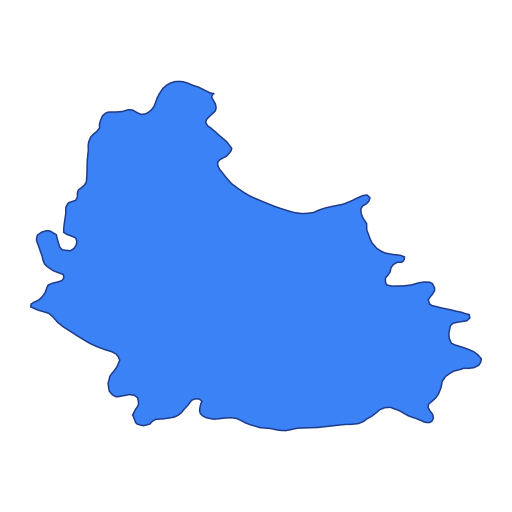 Cherykaw, Mogilev, Belarus
{"feature_id": "67162791B83279044546130", "entity_name": "Cherykaw", "entity_type": "district", "adm_level": 2, "iso_a3": "BLR", "parent_name": "Belarus", "parent_adm1": "Mogilev", "projection": "equal_earth", "projection_center": [31.375, 53.616], "detail": "fine", "context": "isolated", "style": "filled", "palette": "blue", "viewbox_px": 512, "rotation_deg": 0, "n_neighbors": 0, "source": "geoboundaries", "source_scale": "gbopen_adm2", "svg_char_len": 4245}
<svg xmlns="http://www.w3.org/2000/svg" viewBox="0 0 512 512"><path d="M423.4,421.8L425.6,422.4L429.3,422.6L431.7,421.5L433.4,418.4L432.7,414.4L429.8,410.7L428.0,407.2L428.6,404.1L431.7,401.6L435.9,397.7L438.6,393.7L441.2,387.1L442.1,381.6L445.4,376.6L449.2,373.8L453.5,371.2L459.7,369.6L463.8,368.3L468.7,368.3L473.9,367.7L478.7,365.3L480.8,362.1L481.3,358.7L477.8,354.7L473.7,351.7L469.5,349.8L463.6,347.6L454.6,344.8L451.3,343.1L449.2,338.4L448.9,333.1L450.3,325.9L452.8,323.3L458.2,322.1L466.8,320.8L469.9,317.9L469.2,314.6L465.3,313.6L461.6,312.3L456.8,311.3L450.2,309.7L446.8,309.0L442.3,308.1L431.9,305.5L429.6,304.0L428.3,299.9L429.8,297.3L431.5,295.4L433.0,293.5L434.6,290.5L434.6,287.9L432.3,283.5L429.1,282.1L423.9,282.0L417.9,283.0L411.6,284.9L403.5,285.9L391.9,286.1L386.7,284.9L385.4,282.0L385.5,277.9L387.9,275.1L390.1,272.1L391.0,267.7L393.3,264.6L397.2,262.3L401.4,262.2L401.5,262.3L403.1,261.3L404.3,259.3L404.5,256.9L400.7,255.4L397.9,255.0L392.9,254.5L385.5,253.1L381.3,251.2L376.9,248.5L372.0,242.9L370.3,239.4L368.4,234.2L366.8,230.2L366.6,223.6L362.8,217.8L361.1,213.3L360.9,208.7L362.8,205.8L366.3,203.9L368.8,201.3L370.0,197.8L367.1,195.0L363.0,195.5L355.5,198.8L352.6,200.4L344.8,203.6L341.9,204.5L332.6,206.3L325.2,208.0L319.1,210.0L313.6,212.5L307.6,213.3L302.2,213.6L294.4,212.6L288.7,211.0L281.0,208.6L274.9,206.5L268.2,203.8L261.8,201.2L253.8,197.8L249.2,195.6L243.1,192.0L237.8,188.3L231.6,183.7L226.2,177.6L222.8,173.3L219.5,169.1L217.8,165.6L217.6,162.4L219.8,159.8L223.3,157.8L226.6,156.1L229.8,152.5L231.2,150.5L231.7,148.3L230.0,146.1L226.4,141.4L219.0,135.2L215.2,131.7L211.2,128.3L207.4,125.6L205.7,122.3L206.6,119.5L209.1,116.7L212.4,113.8L215.5,110.7L216.1,107.6L215.4,103.9L213.1,99.9L211.6,97.4L212.4,94.6L214.3,93.6L213.3,93.6L210.2,92.9L207.9,91.8L203.1,89.4L198.3,87.0L193.8,85.7L187.4,83.0L183.3,81.8L181.9,81.6L179.5,81.4L175.0,81.6L170.4,83.0L166.6,85.2L162.9,88.4L159.3,93.8L157.2,97.9L155.5,102.7L153.8,106.8L151.2,110.1L147.7,112.8L145.0,114.0L141.2,114.4L137.6,112.9L132.7,110.1L129.1,109.7L126.9,110.1L122.5,111.5L116.0,112.0L111.9,112.0L108.4,112.1L105.8,113.0L102.5,115.8L100.5,120.5L99.4,124.4L99.6,127.8L96.6,131.7L93.7,133.9L90.6,137.2L88.7,141.8L88.2,145.2L88.3,150.5L87.3,159.9L87.1,166.1L86.9,174.7L86.4,181.9L84.1,185.4L81.5,187.6L78.3,190.1L77.4,192.9L77.4,197.0L75.7,200.3L71.9,201.6L68.6,202.7L68.2,203.3L67.0,204.8L65.8,207.6L65.8,213.3L65.1,217.9L64.6,221.3L64.0,225.6L63.7,229.1L63.7,232.4L67.3,234.6L71.8,236.2L75.6,237.9L76.8,241.2L76.3,244.9L74.2,248.2L70.4,250.8L62.4,249.9L59.7,247.1L58.0,241.3L57.1,238.3L56.3,234.7L50.0,231.0L46.9,230.6L41.9,232.0L37.3,235.2L36.4,240.1L37.6,243.5L39.1,247.6L40.8,252.6L42.2,256.3L42.9,259.9L44.5,263.9L47.2,266.6L52.9,270.5L57.2,272.3L63.4,274.6L63.8,278.1L61.9,280.6L58.2,281.8L52.5,283.2L48.2,285.0L46.8,287.9L45.1,292.6L42.5,296.4L38.7,300.1L34.4,302.0L31.1,304.0L30.7,306.9L38.0,310.1L45.2,312.2L49.2,313.6L53.3,317.3L57.7,322.4L63.2,326.8L70.4,331.4L77.9,336.2L84.1,340.0L89.8,343.4L96.7,346.6L104.6,349.5L111.9,351.8L115.9,353.8L118.1,356.5L119.8,360.2L118.6,362.8L117.6,365.5L116.0,368.2L113.6,371.5L111.7,373.6L109.8,376.5L109.1,379.5L108.1,383.2L108.6,387.6L109.3,391.2L112.4,394.8L115.8,396.7L118.1,396.7L123.6,395.7L126.0,395.2L129.3,394.6L134.2,395.2L137.5,397.6L138.3,401.0L138.5,404.3L137.4,406.8L135.5,409.4L134.3,411.7L132.6,415.1L132.8,415.2L133.8,417.6L135.7,422.6L137.4,424.2L143.5,425.7L149.7,424.1L152.7,421.0L155.9,419.3L163.6,418.8L169.8,417.9L174.6,417.0L178.4,415.1L181.8,412.3L183.6,409.9L188.4,404.6L189.8,402.6L191.8,400.2L195.1,398.9L199.3,399.0L202.0,401.3L200.8,403.7L199.8,408.3L199.6,411.1L200.5,413.8L202.7,415.9L206.5,417.8L213.5,419.2L219.4,418.7L225.2,418.0L228.6,417.8L233.4,417.9L237.2,418.7L240.7,420.4L245.4,422.9L250.4,424.8L253.7,425.7L259.8,427.6L265.4,428.1L267.9,428.2L272.6,428.9L276.6,429.9L281.7,430.5L285.7,430.6L290.7,429.7L293.7,428.9L298.6,428.1L308.1,427.8L317.8,427.5L331.0,426.0L339.7,425.0L345.6,424.4L350.7,424.4L358.3,423.6L363.7,421.4L366.4,419.2L372.6,415.6L376.7,412.4L379.7,409.7L384.8,407.7L390.2,407.3L397.8,410.1L400.2,411.1L404.0,413.4L408.3,415.8L413.2,417.6L415.9,418.4L419.7,420.0L422.9,421.2L423.4,421.8Z" fill="#3b82f6" stroke="#1e3a8a" stroke-width="1.5"/></svg>